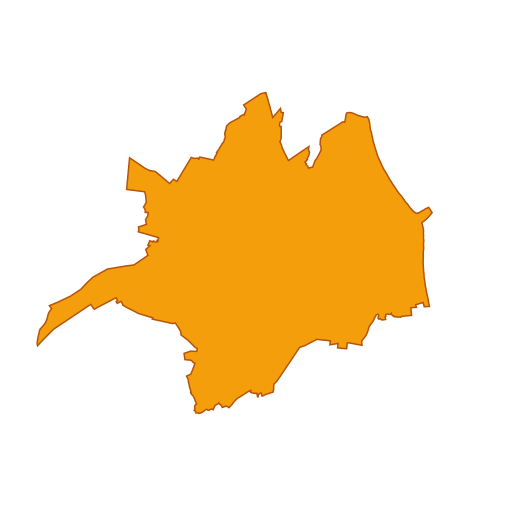 Rīga, Riga, Latvia (Mercator projection), rotated 109°
{"feature_id": "27541924B69950658551149", "entity_name": "Rīga", "entity_type": "district", "adm_level": 2, "iso_a3": "LVA", "parent_name": "Latvia", "parent_adm1": "Riga", "projection": "mercator", "projection_center": [24.123, 56.972], "detail": "fine", "context": "isolated", "style": "filled", "palette": "amber", "viewbox_px": 512, "rotation_deg": 109, "n_neighbors": 0, "source": "geoboundaries", "source_scale": "gbopen_adm2", "svg_char_len": 6000}
<svg xmlns="http://www.w3.org/2000/svg" viewBox="0 0 512 512"><g transform="rotate(109 256 256)"><path d="M424.0,261.6L423.4,260.6L423.1,259.2L423.5,258.9L422.4,257.1L420.9,255.7L417.2,253.1L417.1,252.0L417.5,251.4L417.4,250.8L417.0,250.2L415.7,248.9L415.4,248.5L415.0,247.4L415.0,247.0L415.3,246.5L410.7,246.0L409.6,245.2L408.2,243.7L407.1,243.3L407.4,242.4L407.9,242.0L408.5,240.8L408.7,239.8L410.2,238.6L407.6,235.2L407.5,234.7L408.2,232.1L406.4,231.4L404.4,230.4L400.8,229.2L397.5,227.7L396.2,226.9L395.7,226.6L394.6,225.5L392.2,223.6L386.7,219.2L384.8,217.2L386.6,216.8L386.6,216.2L386.7,215.0L386.4,212.8L385.5,210.6L388.6,208.7L388.3,208.1L386.5,208.9L385.2,207.8L384.6,207.8L383.9,206.3L386.3,204.9L386.1,203.9L383.6,201.7L381.5,198.6L381.2,198.5L379.2,195.6L376.5,195.8L375.1,196.4L371.2,197.3L367.3,195.4L341.9,188.6L328.1,185.0L325.3,181.1L315.0,171.3L312.0,158.1L315.9,157.2L312.0,150.0L316.3,149.0L314.2,140.1L308.4,141.4L307.9,139.9L305.9,126.7L302.3,128.3L301.8,128.3L295.3,126.1L291.5,125.8L285.7,126.0L278.7,123.9L278.0,123.8L276.6,123.9L274.9,123.4L272.5,123.1L271.6,122.0L271.4,121.4L271.9,120.7L273.0,120.4L274.0,120.7L275.4,120.1L275.7,119.4L275.4,118.8L275.0,118.5L275.5,116.0L274.4,113.8L273.8,112.8L271.4,114.1L270.5,113.6L270.1,114.0L269.7,114.1L269.4,114.3L268.7,113.8L268.1,112.8L267.9,111.6L267.5,109.9L266.3,109.4L266.7,109.3L267.4,108.4L268.0,107.2L267.8,106.3L268.4,106.0L267.7,102.4L266.8,99.8L266.8,99.3L265.6,98.6L261.5,89.6L254.5,92.7L252.3,87.6L250.1,89.2L245.6,82.8L249.2,80.4L247.2,75.6L244.8,77.1L241.2,79.0L235.7,82.4L227.3,87.1L225.7,87.8L224.3,88.6L221.4,90.1L218.0,91.5L215.8,92.6L214.4,93.1L213.8,93.5L213.1,93.6L210.8,94.7L210.2,94.8L207.8,95.9L207.1,96.0L206.0,96.4L202.0,97.6L200.9,98.1L198.6,98.9L197.0,99.3L194.9,99.7L192.1,100.7L190.9,101.3L186.4,102.5L184.7,103.4L182.2,104.2L179.9,105.1L177.3,105.9L176.3,106.3L175.4,107.0L174.7,107.3L173.0,108.5L172.5,108.7L170.9,109.8L170.2,110.0L168.1,108.4L165.7,106.9L162.9,105.6L157.7,103.6L153.8,108.5L155.1,110.0L156.0,110.7L156.3,111.2L157.4,112.0L158.1,112.7L158.6,113.0L159.6,113.9L159.8,114.2L162.8,116.6L162.6,117.2L163.5,118.2L163.5,118.6L162.7,121.1L162.2,122.1L162.2,122.5L160.3,125.8L158.9,128.0L157.4,129.7L157.4,130.3L157.3,130.5L156.6,131.5L156.4,132.0L152.2,137.7L150.2,141.2L149.6,142.0L149.4,142.1L149.1,142.8L148.2,144.1L147.4,145.0L144.9,148.2L144.9,148.4L142.3,151.7L142.0,151.9L140.1,154.5L139.3,155.4L138.6,156.1L138.1,156.8L137.5,157.4L137.1,157.9L136.3,158.6L135.3,159.9L133.9,161.5L132.6,163.2L129.1,166.7L127.2,168.4L125.6,170.0L122.7,172.8L120.4,174.6L116.1,177.7L115.4,178.3L110.8,181.5L109.5,182.5L102.2,186.8L98.6,189.3L93.4,191.8L90.1,193.8L88.8,195.3L88.0,196.1L89.5,198.5L89.9,205.0L89.6,208.8L89.4,212.3L90.0,214.6L90.6,215.9L91.4,216.9L93.7,216.8L97.3,216.1L100.7,215.7L100.8,217.5L120.2,233.1L121.9,232.7L124.1,233.2L129.8,231.7L131.5,230.1L135.0,228.9L143.8,230.3L146.9,231.2L153.5,231.4L154.0,232.3L155.8,235.0L154.2,236.3L153.5,238.0L152.8,238.8L152.4,238.4L151.3,240.3L150.1,239.5L149.2,239.4L148.1,238.6L147.4,239.3L143.3,238.8L140.6,239.2L139.9,239.7L138.8,240.7L138.2,241.0L135.3,241.6L146.3,249.9L155.2,256.4L147.5,264.3L144.1,267.3L143.4,267.6L141.4,269.3L140.5,270.2L140.5,270.5L137.0,270.5L135.6,270.8L125.3,274.4L125.6,275.8L124.3,276.6L121.6,276.8L121.2,276.4L120.5,275.4L111.6,276.8L112.0,278.8L111.5,279.3L111.1,279.4L108.5,280.9L114.8,283.3L119.6,285.3L112.0,290.4L110.7,291.1L107.0,293.9L105.3,294.9L100.2,298.6L99.8,298.9L99.5,299.3L99.4,299.1L98.3,299.9L98.5,300.4L101.0,304.3L117.3,316.9L120.1,313.0L126.0,313.0L125.7,313.3L129.3,316.7L130.2,316.4L138.7,324.2L142.8,326.2L146.0,325.6L146.1,325.8L148.9,325.4L148.8,325.6L150.9,325.3L152.8,324.1L153.6,323.8L154.6,323.7L156.2,323.9L158.0,323.6L160.9,324.6L167.8,326.0L170.6,326.9L170.5,326.4L174.7,326.8L174.7,327.0L178.0,327.2L179.2,327.4L179.3,329.3L180.1,336.0L180.5,340.0L180.8,341.3L181.0,341.3L181.7,341.8L182.9,341.5L183.1,341.7L182.5,342.1L182.4,342.7L182.7,343.5L183.0,344.4L183.5,345.1L183.6,345.4L183.9,347.5L183.9,349.3L184.1,349.5L184.4,349.4L187.2,350.0L211.2,355.1L210.4,359.1L215.6,361.2L211.5,371.9L211.2,372.3L211.0,372.8L210.8,373.9L210.7,373.9L208.9,378.7L209.3,381.5L209.8,383.9L209.4,388.5L208.8,391.2L208.3,392.6L204.3,407.5L205.2,407.3L235.2,400.0L231.5,382.2L234.3,380.3L240.9,377.2L245.6,378.1L246.2,378.4L247.8,376.4L249.6,375.1L249.8,375.3L250.9,374.9L250.5,374.2L250.4,372.9L250.0,372.1L253.3,371.4L257.6,372.3L258.8,371.4L260.3,370.9L261.2,370.1L261.8,369.9L266.8,376.6L269.3,375.3L271.3,375.2L271.5,375.0L271.2,371.0L270.4,354.7L270.7,354.5L270.7,353.9L273.3,354.1L273.3,353.7L273.4,354.0L273.5,353.5L274.4,353.5L275.4,355.1L275.4,355.5L275.2,358.0L276.3,358.1L276.1,361.4L281.0,361.7L280.9,359.6L285.7,362.4L290.6,358.4L304.2,368.5L307.5,375.2L316.6,392.1L329.0,403.2L336.5,407.2L344.4,410.7L354.3,418.3L364.4,428.6L370.2,435.2L372.4,432.1L373.8,432.6L377.0,433.5L380.2,433.5L381.3,433.3L384.1,433.1L388.0,433.4L391.9,434.8L394.7,436.0L395.3,436.2L395.3,436.3L395.5,436.4L395.7,436.2L396.7,436.4L402.5,435.8L408.9,434.8L410.1,434.4L412.0,433.3L408.7,431.9L408.7,432.0L406.4,430.9L392.4,424.2L390.1,422.8L378.5,414.0L372.9,409.7L358.6,398.9L355.6,396.5L358.2,392.9L359.0,391.5L357.8,390.4L356.9,389.8L341.0,374.7L343.3,372.3L344.5,373.4L346.0,371.8L342.8,368.8L345.4,366.0L345.8,366.1L346.7,361.8L347.7,354.3L348.6,348.7L348.2,337.4L348.0,333.6L349.4,333.6L349.0,329.7L347.0,312.7L345.7,310.5L347.9,307.3L351.9,302.6L355.0,301.2L357.9,292.6L362.2,283.8L362.6,281.4L365.5,281.0L367.2,286.8L371.5,292.3L374.4,290.9L375.4,290.2L377.1,289.5L376.6,287.0L376.2,285.6L375.8,284.4L376.0,282.5L376.6,281.8L377.1,280.6L377.2,280.1L377.1,279.3L377.2,278.8L384.8,278.9L389.0,279.2L392.2,282.6L395.2,279.6L396.9,279.0L399.2,277.5L402.2,275.8L403.9,274.3L405.1,273.8L406.4,273.3L406.2,272.9L407.4,272.4L408.9,269.8L410.0,268.6L415.2,264.1L416.4,264.9L418.1,265.1L420.9,263.9L422.0,264.2L422.0,263.6L423.8,261.7L424.0,261.6Z" fill="#f59e0b" stroke="#b45309" stroke-width="1.5"/></g></svg>